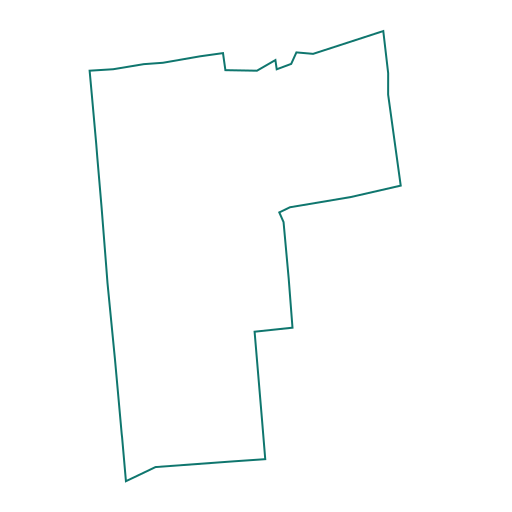 outline of Broome, New York, United States of America, rotated 85°
{"feature_id": "52423323B9880923188438", "entity_name": "Broome", "entity_type": "district", "adm_level": 2, "iso_a3": "USA", "parent_name": "United States of America", "parent_adm1": "New York", "projection": "robinson", "projection_center": [-75.837, 42.207], "detail": "fine", "context": "isolated", "style": "outline", "palette": "teal", "viewbox_px": 512, "rotation_deg": 85, "n_neighbors": 0, "source": "geoboundaries", "source_scale": "gbopen_adm2", "svg_char_len": 676}
<svg xmlns="http://www.w3.org/2000/svg" viewBox="0 0 512 512"><g transform="rotate(85 256 256)"><path d="M43.0,109.6L59.6,181.5L56.7,198.0L67.7,204.2L71.8,219.1L62.5,219.6L71.5,238.9L68.2,270.3L51.0,271.2L52.2,294.4L55.4,331.9L55.1,351.0L57.5,382.0L56.9,405.6L83.7,405.5L128.8,405.4L130.4,405.4L143.2,405.5L194.6,405.6L251.6,406.1L269.9,406.3L347.1,405.5L380.6,405.4L421.3,405.3L421.6,405.3L425.1,405.2L449.1,405.2L451.6,405.2L469.0,405.2L457.5,374.5L458.6,296.5L459.2,264.5L421.1,264.3L331.3,264.0L330.6,225.9L281.4,225.4L224.6,225.6L214.6,229.0L210.4,217.9L205.5,156.3L198.5,105.7L106.7,110.3L85.4,108.4L43.0,109.6Z" fill="none" stroke="#0f766e" stroke-width="2"/></g></svg>